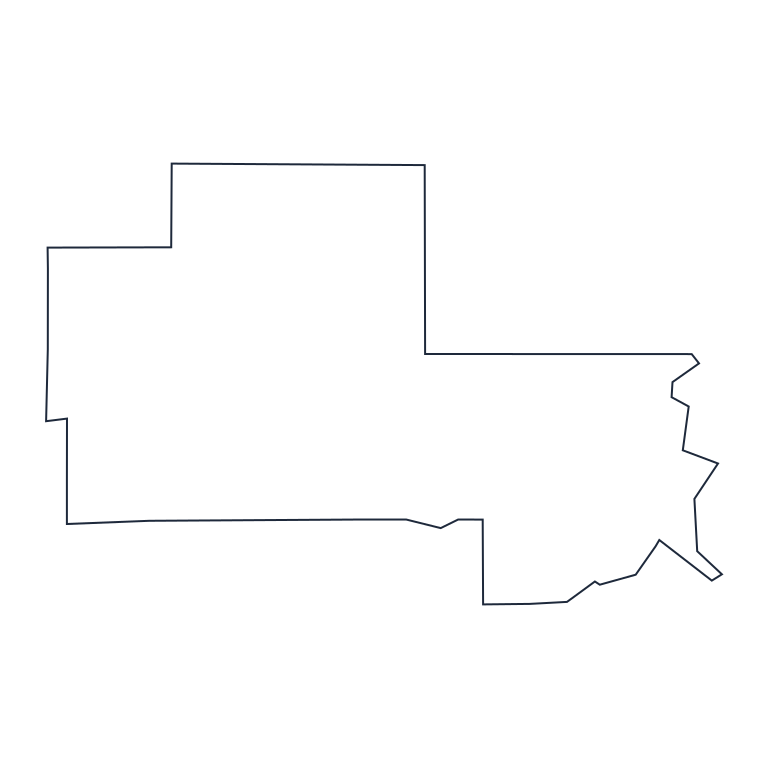 outline of Clay, Mississippi, United States of America
{"feature_id": "52423323B83760027582767", "entity_name": "Clay", "entity_type": "district", "adm_level": 2, "iso_a3": "USA", "parent_name": "United States of America", "parent_adm1": "Mississippi", "projection": "mercator", "projection_center": [-88.697, 33.659], "detail": "fine", "context": "isolated", "style": "outline", "palette": "slate", "viewbox_px": 768, "rotation_deg": 0, "n_neighbors": 0, "source": "geoboundaries", "source_scale": "gbopen_adm2", "svg_char_len": 564}
<svg xmlns="http://www.w3.org/2000/svg" viewBox="0 0 768 768"><path d="M483.1,604.4L529.8,603.9L567.0,601.9L594.9,581.5L599.8,584.7L635.7,574.7L655.6,546.3L659.3,540.0L711.8,580.6L721.9,574.3L697.2,551.2L694.4,498.9L718.0,463.5L682.8,450.3L688.7,406.5L671.6,397.2L672.5,382.1L699.0,363.4L691.7,354.1L425.1,354.0L424.7,165.1L171.7,163.6L171.2,247.3L47.6,247.6L47.9,268.8L47.8,349.4L46.1,421.2L67.0,418.6L66.9,479.5L66.9,524.0L149.3,520.8L364.1,519.5L406.1,519.5L440.7,528.1L458.2,519.5L482.7,519.6L483.1,604.4Z" fill="none" stroke="#1e293b" stroke-width="2"/></svg>